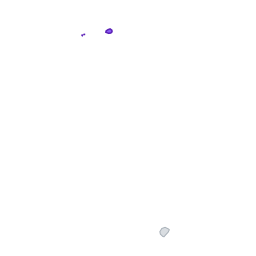 Atiu on a map of Cook Islands (Equal Earth projection), rotated 299°
{"feature_id": "COK-4950", "entity_name": "Atiu", "entity_type": "state/province", "adm_level": 1, "iso_a3": "COK", "parent_name": "Cook Islands", "parent_adm1": "", "projection": "equal_earth", "projection_center": [-158.198, -19.915], "detail": "fine", "context": "in_parent", "style": "filled", "palette": "violet", "viewbox_px": 256, "rotation_deg": 299, "n_neighbors": 0, "source": "natural_earth", "source_scale": "10m", "svg_char_len": 565}
<svg xmlns="http://www.w3.org/2000/svg" viewBox="0 0 256 256"><g transform="rotate(299 128 128)"><path d="M59.0,213.5L56.2,213.6L52.6,212.7L50.3,212.2L50.0,211.1L50.9,207.7L52.8,206.1L56.5,206.3L59.1,208.6L59.3,212.5L59.0,213.5Z" fill="#d9dde1" stroke="#a8b0b8" stroke-width="1"/><path d="M206.0,64.3L205.7,66.5L204.4,67.4L202.7,66.9L201.4,65.1L201.0,62.2L202.3,61.8L204.3,62.8L206.0,64.3ZM189.1,45.1L188.0,43.8L188.4,44.0L188.7,44.3L189.1,45.1ZM187.4,42.4L186.9,43.2L186.6,43.2L186.7,42.9L187.4,42.4Z" fill="#8b5cf6" stroke="#5b21b6" stroke-width="1.5"/></g></svg>